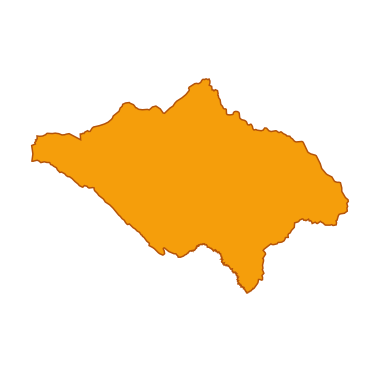 Bo Thong, Chon Buri, Thailand, rotated 350°
{"feature_id": "78962969B86980308454796", "entity_name": "Bo Thong", "entity_type": "district", "adm_level": 2, "iso_a3": "THA", "parent_name": "Thailand", "parent_adm1": "Chon Buri", "projection": "mercator", "projection_center": [101.509, 13.23], "detail": "fine", "context": "isolated", "style": "filled", "palette": "amber", "viewbox_px": 384, "rotation_deg": 350, "n_neighbors": 0, "source": "geoboundaries", "source_scale": "gbopen_adm2", "svg_char_len": 6064}
<svg xmlns="http://www.w3.org/2000/svg" viewBox="0 0 384 384"><g transform="rotate(350 192 192)"><path d="M74.0,155.7L76.3,158.0L78.6,161.4L81.1,164.3L82.2,166.2L84.9,168.2L85.7,168.1L87.1,167.0L89.7,168.2L90.2,169.3L91.3,170.2L95.0,170.4L96.3,171.0L96.1,172.7L96.4,173.9L98.6,177.0L99.6,179.2L103.6,183.6L104.9,186.8L108.7,190.3L111.4,194.1L115.8,202.0L117.1,203.5L118.5,206.1L120.4,208.1L121.3,210.6L122.5,212.5L123.1,212.9L124.7,212.6L125.0,212.9L127.8,216.9L129.6,218.5L131.2,220.9L133.3,222.6L134.4,225.2L135.4,226.0L135.5,227.0L136.9,228.4L138.9,232.5L141.1,235.1L140.4,237.3L143.6,239.8L145.1,241.3L148.3,245.9L149.4,247.1L152.2,249.0L153.0,248.9L154.3,248.0L154.4,245.2L153.8,243.0L154.2,242.3L155.2,242.3L158.8,246.6L163.6,249.7L165.4,250.0L165.8,251.0L166.8,252.2L167.1,253.8L169.5,254.2L172.5,253.6L174.2,252.7L175.7,252.4L177.1,251.3L177.6,251.4L178.8,250.1L180.0,249.6L180.8,250.0L181.2,249.7L181.5,250.1L182.4,249.8L182.6,250.1L182.7,249.7L183.6,249.9L183.9,249.6L184.3,249.8L185.2,249.2L185.5,248.6L186.6,248.1L186.5,247.3L187.1,247.3L187.3,246.1L188.3,245.8L188.3,246.4L189.2,246.5L189.5,245.3L190.2,245.5L190.4,245.2L191.4,245.0L191.4,245.3L191.9,245.4L192.8,245.2L192.7,245.5L193.0,245.6L193.6,244.9L193.9,244.9L194.1,245.3L195.3,245.2L195.2,245.9L195.8,246.4L197.1,246.4L197.6,247.9L197.5,248.9L199.3,249.5L200.5,250.8L201.3,250.9L201.7,251.4L201.6,251.8L202.5,252.7L202.5,253.2L203.1,253.2L203.1,253.8L205.0,253.1L205.1,253.6L204.7,253.4L204.8,253.9L205.2,253.8L205.4,254.5L205.8,254.2L206.0,255.1L206.5,255.6L207.3,255.5L207.5,255.7L207.3,256.0L208.0,255.9L208.4,256.1L208.3,257.4L209.3,257.6L209.5,257.9L209.3,258.7L209.5,259.1L209.4,260.2L209.9,260.5L209.7,261.4L210.0,261.6L209.8,261.9L210.0,262.7L209.3,263.0L209.7,263.1L209.5,263.4L209.9,263.6L209.5,263.7L209.6,264.1L210.1,264.2L210.1,264.5L209.1,265.4L209.1,266.2L210.0,266.7L210.0,267.8L211.3,267.5L210.6,268.6L211.1,268.9L211.0,269.4L211.3,269.3L211.9,269.8L213.6,269.7L213.5,270.2L213.1,270.1L213.0,270.5L213.6,270.5L214.8,271.3L215.2,271.0L216.8,274.7L218.3,274.7L217.9,275.5L218.0,276.7L218.3,277.0L218.0,277.3L218.5,277.8L218.6,278.5L219.1,278.4L219.4,278.8L219.9,278.4L220.4,278.8L220.7,278.5L221.3,279.0L221.0,279.9L221.9,280.3L221.2,281.0L221.2,281.5L222.4,282.5L222.4,283.2L221.8,283.4L221.9,284.0L222.8,284.1L222.3,284.7L221.9,284.5L221.9,285.6L221.2,286.1L221.7,286.9L222.3,287.2L221.4,287.8L221.9,288.7L221.4,290.1L221.7,290.0L221.9,290.5L222.4,290.2L222.4,290.8L223.1,290.8L223.4,291.4L223.2,291.8L223.5,291.8L223.3,292.1L224.3,292.6L223.8,293.6L224.3,293.5L224.4,293.9L224.8,293.6L224.6,294.0L225.4,294.1L225.5,294.7L226.6,295.1L225.9,296.2L227.0,296.9L227.1,297.8L227.5,298.3L227.5,298.9L228.1,299.5L228.1,300.5L228.5,301.0L229.4,301.0L229.9,300.3L231.4,300.2L231.8,299.7L232.9,299.6L233.9,298.7L234.8,298.4L235.2,297.6L235.7,297.9L236.5,297.5L240.6,293.5L241.3,292.5L242.3,289.7L243.6,289.9L245.4,290.9L246.2,290.6L246.7,288.2L246.4,286.8L246.5,286.3L248.7,284.5L247.8,280.7L248.6,279.4L248.7,276.4L250.5,272.3L250.7,270.5L250.1,269.9L253.7,265.9L253.5,264.5L251.9,261.9L253.3,260.7L260.7,256.8L261.8,257.7L263.2,258.0L266.8,257.8L268.1,256.6L269.7,256.9L271.8,256.9L274.2,256.0L275.4,254.6L276.1,253.1L278.9,253.4L279.1,251.1L279.3,250.6L280.1,249.8L281.6,249.3L283.3,247.1L286.6,244.6L287.7,240.2L291.0,239.9L292.1,239.5L293.1,238.4L295.6,237.7L296.5,237.8L297.2,239.2L298.7,239.4L299.2,240.0L302.1,239.0L302.5,240.9L303.8,240.8L304.7,242.4L304.9,243.9L308.1,243.1L309.4,244.6L310.1,244.8L313.4,243.2L314.2,244.2L315.6,245.2L317.2,247.4L317.8,247.8L322.1,248.6L324.0,248.4L324.8,249.3L325.6,249.5L328.3,249.4L329.0,247.4L328.9,245.4L330.0,244.9L331.8,241.1L333.0,239.6L334.6,239.3L338.4,239.4L341.6,237.8L341.8,234.6L342.8,233.2L342.4,230.1L344.3,228.4L344.3,226.7L342.1,224.1L339.6,217.4L340.2,214.0L339.8,208.6L338.6,208.0L336.4,207.6L334.4,206.4L333.9,205.6L332.4,201.5L328.2,198.4L327.3,197.4L323.8,191.4L323.2,186.4L320.7,178.0L319.9,177.2L315.6,175.1L313.3,173.2L312.8,172.1L310.3,162.9L309.7,161.7L308.9,161.3L303.3,160.8L302.4,160.3L301.7,159.8L300.2,157.2L298.7,155.7L298.0,154.1L295.0,153.2L294.4,152.0L292.1,150.4L290.4,148.4L289.8,148.2L288.7,148.6L287.6,148.4L285.8,146.5L284.9,146.2L280.3,146.2L278.3,145.0L276.6,142.2L275.9,141.8L274.6,141.6L272.9,143.4L270.8,143.7L266.9,142.4L265.7,141.5L264.3,141.7L263.6,141.5L262.9,140.1L262.9,138.0L262.1,135.7L261.2,135.4L260.1,136.0L258.7,135.5L258.3,134.8L257.9,132.6L257.3,131.6L256.2,130.6L253.5,129.4L252.1,127.9L251.9,126.8L252.2,122.6L251.8,121.6L250.7,120.7L249.0,120.2L247.7,120.3L246.7,121.0L246.1,122.3L245.5,122.7L242.9,122.7L240.8,122.2L239.9,121.6L239.6,120.7L240.1,116.6L239.5,116.0L238.2,115.8L237.4,115.0L236.9,112.9L235.6,110.7L235.7,106.1L234.6,103.6L234.7,101.8L234.2,101.1L234.8,99.6L234.7,96.6L232.7,95.3L231.2,96.2L230.6,95.2L229.5,94.9L229.7,91.4L227.5,89.8L228.5,87.9L228.8,86.5L228.9,85.6L228.4,83.7L227.2,84.1L225.7,83.1L224.9,83.1L224.0,83.5L223.3,83.1L222.1,83.0L220.9,83.9L220.0,85.2L218.3,86.2L216.9,86.4L215.3,85.8L213.5,85.8L207.4,88.3L206.7,89.3L207.1,90.7L206.9,91.5L202.9,95.0L198.5,97.5L192.7,99.9L190.7,101.4L188.2,104.1L184.9,105.5L178.6,109.7L177.3,109.2L175.2,104.7L171.4,101.1L167.8,101.4L164.2,103.7L162.4,102.9L157.4,102.4L153.8,101.3L152.0,99.5L151.2,99.2L150.1,96.8L149.4,95.8L146.4,93.8L145.8,93.0L142.0,92.8L139.0,93.6L138.1,95.5L135.9,96.8L134.2,99.8L127.6,103.5L126.5,105.4L125.3,106.5L121.5,108.7L117.7,109.8L112.2,110.6L106.2,110.9L104.7,111.8L102.2,114.6L100.7,114.4L99.9,113.5L96.9,114.4L95.7,115.6L94.8,115.2L93.3,115.8L92.9,115.5L92.0,115.5L91.4,121.2L81.1,113.2L78.3,113.2L76.4,113.5L73.8,113.2L70.9,111.4L67.5,110.3L64.6,110.2L59.8,109.1L59.0,109.2L57.9,110.1L54.4,111.0L51.6,110.7L49.1,109.9L48.8,112.8L47.0,113.6L47.6,114.5L45.8,115.9L46.1,117.5L42.2,118.4L41.9,126.9L39.7,133.8L40.7,134.1L45.0,133.8L46.6,134.8L48.2,136.8L51.8,136.6L54.2,137.7L56.7,138.2L57.2,138.9L57.5,140.3L59.3,141.4L60.2,142.6L62.7,144.6L63.3,146.8L65.3,149.8L67.0,149.7L69.8,151.9L71.0,154.0L72.4,155.3L74.0,155.7Z" fill="#f59e0b" stroke="#b45309" stroke-width="1.5"/></g></svg>